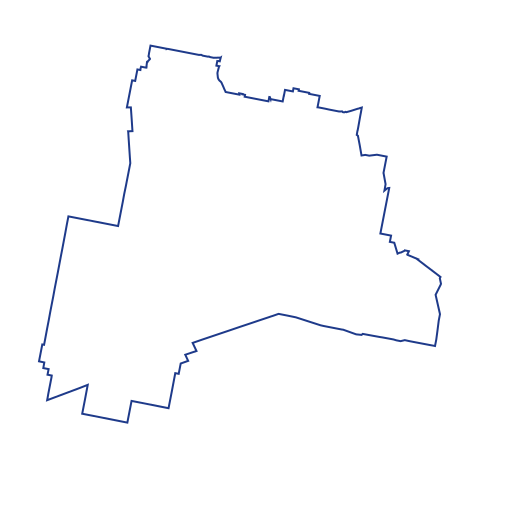 Merredin, Western Australia, Australia, rotated 101°
{"feature_id": "25037944B40039133464345", "entity_name": "Merredin", "entity_type": "district", "adm_level": 2, "iso_a3": "AUS", "parent_name": "Australia", "parent_adm1": "Western Australia", "projection": "equal_earth", "projection_center": [118.19, -31.461], "detail": "fine", "context": "isolated", "style": "outline", "palette": "blue", "viewbox_px": 512, "rotation_deg": 101, "n_neighbors": 0, "source": "geoboundaries", "source_scale": "gbopen_adm2", "svg_char_len": 5261}
<svg xmlns="http://www.w3.org/2000/svg" viewBox="0 0 512 512"><g transform="rotate(101 256 256)"><path d="M252.9,447.7L260.9,447.7L261.1,447.7L269.2,447.6L285.5,447.5L293.6,447.5L310.0,447.4L318.3,447.4L326.3,447.4L334.3,447.3L342.3,447.3L350.3,447.3L358.5,447.2L366.7,447.2L378.8,447.1L382.4,447.1L383.6,447.1L383.6,448.9L390.9,448.9L400.8,448.9L400.9,443.5L406.6,443.4L406.6,438.0L412.3,438.0L412.3,435.8L412.3,435.7L412.3,434.4L412.3,433.8L412.3,433.7L413.7,433.6L415.2,433.6L419.1,433.6L426.0,433.6L428.7,433.6L430.8,433.6L435.2,433.5L437.4,433.5L432.6,425.7L428.0,418.2L419.3,404.0L414.6,396.6L429.7,396.5L444.0,396.5L444.0,385.6L444.1,350.5L430.0,350.5L422.0,350.5L422.1,312.8L420.5,312.8L415.7,312.8L406.4,312.8L386.4,312.9L386.4,309.4L375.9,309.4L371.9,302.6L366.4,306.6L360.6,296.3L353.4,301.6L348.3,292.8L340.8,279.6L334.5,268.5L328.2,257.5L323.3,248.8L318.4,240.2L313.5,231.5L313.1,230.8L312.5,229.8L311.6,228.1L311.0,227.1L308.5,222.8L308.5,222.3L308.5,220.6L308.5,214.2L308.6,205.2L311.7,179.4L311.8,176.3L311.8,173.1L311.8,171.4L311.8,157.7L311.7,156.4L313.8,142.7L313.3,137.3L312.1,136.4L312.0,125.9L311.9,118.8L311.8,116.5L311.7,107.3L311.7,104.9L312.0,102.2L312.0,97.8L310.8,95.2L310.2,93.9L310.3,89.3L310.3,85.1L310.2,63.1L308.1,63.1L304.1,63.1L303.6,63.1L295.1,63.6L284.6,64.3L278.0,64.3L259.8,72.3L249.1,69.3L248.0,69.1L242.8,71.3L241.4,70.9L238.1,77.5L233.3,87.3L228.5,96.9L228.2,96.6L225.9,107.7L225.8,107.8L222.1,106.8L222.1,110.9L222.3,110.9L225.0,114.5L225.3,115.6L226.7,117.5L216.6,122.8L216.6,127.3L210.2,127.3L210.2,138.2L195.1,138.2L186.4,138.2L181.6,138.2L169.2,138.2L164.2,138.2L163.8,138.2L164.0,138.9L164.2,139.5L164.5,140.0L164.9,140.4L167.3,142.4L167.2,142.4L160.8,142.5L150.3,146.6L150.2,146.7L144.0,146.7L133.5,146.7L133.5,156.6L135.9,164.0L135.9,168.0L137.2,171.6L127.5,175.3L118.5,178.9L117.9,180.2L113.7,180.3L113.5,180.2L110.1,180.2L98.7,180.4L95.2,180.4L90.1,180.5L91.0,182.3L91.6,183.2L92.0,184.2L95.4,190.4L97.6,194.8L97.4,195.6L98.2,196.9L98.2,198.3L97.6,199.1L98.2,201.3L98.2,202.1L98.3,202.3L98.3,203.1L98.3,203.7L98.3,203.9L98.3,205.5L98.3,207.1L98.3,209.2L98.3,212.4L98.2,216.2L98.2,218.5L98.2,221.0L98.2,222.8L98.3,224.0L97.9,224.0L97.7,224.0L97.2,224.0L96.5,224.0L94.8,224.0L93.9,224.0L93.0,224.0L91.2,224.0L88.7,224.0L86.7,224.0L86.7,225.5L86.7,227.9L86.7,230.2L86.7,231.8L86.7,232.6L86.7,234.0L86.7,234.8L85.7,234.9L85.7,245.7L84.9,245.7L84.2,245.7L84.2,251.2L87.4,251.2L87.4,259.2L93.3,259.2L93.3,259.3L99.2,259.3L99.2,271.5L99.3,271.5L96.7,273.2L96.5,273.3L96.4,273.3L101.8,273.3L101.8,297.5L99.9,297.5L99.9,300.0L99.5,300.0L99.5,303.5L100.8,303.1L100.8,309.7L100.8,317.1L100.6,317.2L98.3,318.9L96.2,320.3L94.2,321.7L93.1,322.5L92.9,322.6L92.6,322.8L92.4,323.0L92.2,323.2L92.0,323.4L91.9,323.5L91.7,323.7L91.6,323.9L91.5,324.1L91.3,324.3L91.2,324.6L91.0,325.0L90.7,325.4L90.5,325.6L90.3,325.9L90.1,326.1L89.9,326.3L89.7,326.5L89.2,326.8L89.0,327.0L88.8,327.1L88.7,327.1L88.3,327.4L88.0,327.5L87.7,327.6L85.1,328.4L84.5,328.6L84.2,328.7L83.7,328.7L83.4,328.8L83.0,328.8L82.7,328.8L81.2,328.7L79.4,328.6L78.5,328.5L77.6,328.5L77.1,328.4L76.9,328.4L76.7,328.3L76.7,331.2L72.0,331.2L72.0,330.3L71.7,329.9L71.8,328.7L67.9,328.5L68.0,328.6L68.1,329.0L68.2,329.5L68.3,329.9L68.4,330.4L68.5,330.7L68.5,331.1L68.6,331.5L68.8,332.0L68.9,332.7L69.1,333.7L69.3,334.4L69.4,335.0L69.5,335.2L69.5,335.5L69.5,335.9L69.5,336.6L69.5,337.2L69.5,338.1L69.5,338.5L69.5,338.8L69.5,339.0L69.4,339.2L69.4,339.4L69.4,339.5L69.3,339.8L69.2,340.0L69.2,340.3L69.3,340.7L69.4,341.0L69.5,341.1L69.5,341.4L69.5,342.2L69.5,343.8L69.5,345.2L69.5,345.9L69.5,346.4L69.5,346.5L69.4,346.7L69.4,346.8L69.3,347.1L69.2,347.5L69.1,347.8L69.0,348.1L69.0,348.3L69.1,348.6L69.2,349.1L69.3,349.6L69.4,350.0L69.5,350.2L69.5,350.3L69.5,350.6L69.5,352.0L69.5,360.5L69.5,367.8L69.5,369.5L69.5,371.3L69.5,371.5L69.5,376.0L69.5,380.8L69.5,381.8L69.5,382.1L69.6,382.4L69.6,382.7L69.7,383.0L69.9,383.3L69.6,383.4L69.6,383.5L69.6,383.9L69.6,385.3L69.6,387.0L69.6,388.2L69.6,389.6L69.6,391.0L69.6,394.2L69.6,395.9L69.6,396.2L69.6,399.7L71.2,399.7L71.5,399.7L71.8,399.7L72.3,399.7L74.3,399.7L77.3,399.7L79.2,399.6L79.3,399.6L79.9,399.6L80.1,399.7L80.3,399.7L80.5,399.6L80.9,399.3L81.0,399.2L81.5,398.7L81.8,398.5L82.0,398.4L82.3,398.1L82.7,397.7L82.9,397.7L83.0,397.8L83.2,398.0L83.3,398.0L83.6,398.1L83.8,398.3L84.0,398.4L84.2,398.5L84.4,398.6L84.5,398.7L84.7,398.8L84.9,398.9L85.1,399.1L85.3,399.2L85.6,399.4L85.8,399.4L85.8,399.5L86.0,399.7L86.0,399.9L86.1,400.0L86.3,400.0L86.5,400.0L86.9,400.0L87.1,399.9L87.5,399.9L87.9,399.9L88.2,399.9L88.5,399.9L88.9,399.8L89.2,399.8L89.3,399.8L89.7,399.8L89.9,399.8L90.3,399.7L90.5,399.7L90.8,399.6L91.0,399.7L91.4,399.6L91.8,399.5L92.0,399.5L92.1,400.1L92.1,400.5L92.1,400.8L92.1,401.0L92.1,404.0L92.1,404.5L92.1,404.9L92.3,404.9L93.6,405.1L95.5,405.0L95.5,408.0L107.2,408.0L107.2,411.1L110.6,411.1L113.3,411.1L114.7,411.1L119.7,411.1L124.9,411.1L130.1,411.1L133.0,411.1L134.8,411.1L134.2,408.2L134.0,407.2L145.6,404.1L157.0,401.1L158.0,405.3L158.2,405.2L165.9,403.2L173.5,401.2L183.7,398.5L188.9,397.1L189.0,397.1L203.9,397.1L212.2,397.1L220.3,397.2L228.4,397.1L236.5,397.1L244.8,397.1L252.9,397.1L252.9,409.8L252.9,430.9L252.9,435.2L252.9,435.3L252.9,447.7Z" fill="none" stroke="#1e3a8a" stroke-width="2"/></g></svg>